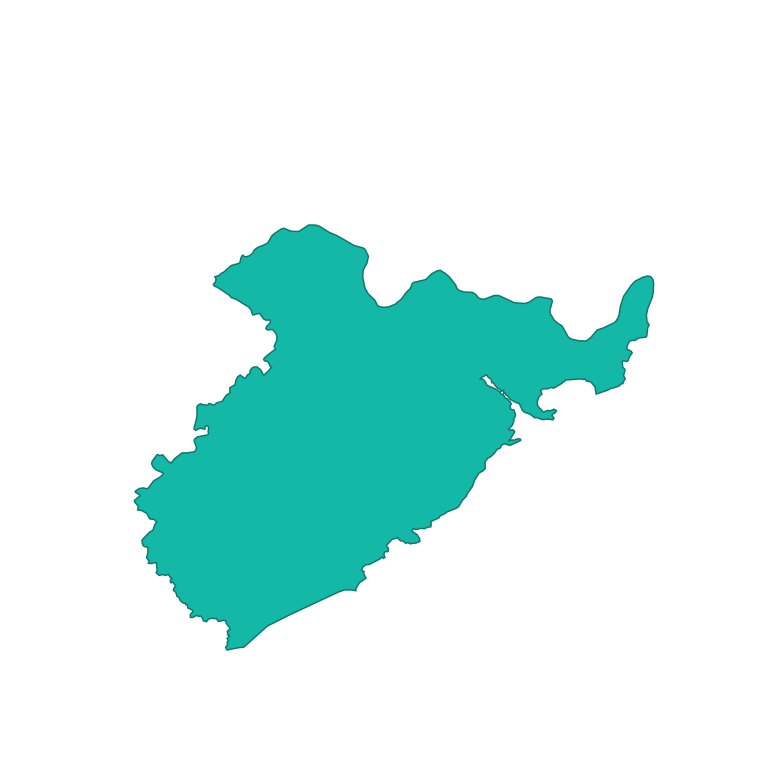 the district of Lilala, Maseru, Lesotho, rotated 66°
{"feature_id": "5366337B93833812873267", "entity_name": "Lilala", "entity_type": "district", "adm_level": 2, "iso_a3": "LSO", "parent_name": "Lesotho", "parent_adm1": "Maseru", "projection": "robinson", "projection_center": [27.404, -29.498], "detail": "fine", "context": "isolated", "style": "filled", "palette": "teal", "viewbox_px": 768, "rotation_deg": 66, "n_neighbors": 0, "source": "geoboundaries", "source_scale": "gbopen_adm2", "svg_char_len": 6166}
<svg xmlns="http://www.w3.org/2000/svg" viewBox="0 0 768 768"><g transform="rotate(66 384 384)"><path d="M451.7,672.2L453.5,669.5L453.9,666.1L455.0,664.7L462.6,667.3L463.6,668.9L467.3,667.5L468.0,664.1L470.2,661.0L470.1,658.6L474.2,657.7L475.3,656.7L475.9,658.5L477.7,659.7L479.1,659.3L479.1,657.4L483.7,656.7L484.7,657.7L485.1,659.1L486.9,660.3L489.7,658.9L493.6,659.5L495.6,658.1L498.7,658.3L501.1,657.3L502.8,656.1L503.7,654.5L504.9,654.8L505.4,653.5L508.8,654.3L512.7,651.0L514.1,651.0L515.8,654.7L518.5,655.8L519.5,653.7L519.2,649.4L520.9,647.7L521.6,645.6L525.2,645.0L526.9,645.4L528.9,642.8L527.3,639.9L528.2,635.8L529.4,634.6L529.8,632.7L533.4,631.8L534.2,630.1L534.4,626.9L535.6,625.1L538.9,625.4L543.5,624.2L545.7,624.8L545.7,626.6L546.3,627.9L548.2,628.0L549.5,628.9L551.3,627.6L552.7,630.8L555.4,630.8L556.2,632.4L558.3,632.7L560.2,635.8L563.1,635.7L565.7,624.3L567.4,619.0L557.7,589.1L556.5,564.2L555.5,510.4L556.0,503.9L558.8,497.6L561.4,493.8L559.5,492.9L555.5,487.2L554.1,479.4L547.9,479.7L547.4,478.5L545.0,480.2L542.8,478.1L541.7,474.3L542.9,470.6L542.4,462.1L542.1,458.7L541.1,456.5L542.9,455.6L542.9,453.7L539.8,453.5L537.9,452.0L537.6,450.7L538.7,449.0L538.4,448.1L535.6,446.8L534.2,447.5L532.3,447.0L529.2,439.8L530.1,433.8L531.5,433.8L534.1,432.6L535.2,430.6L538.4,428.9L538.5,427.0L541.0,424.6L541.0,423.1L542.4,419.1L542.4,415.2L539.7,414.4L534.9,415.1L530.0,418.4L528.1,416.0L529.7,414.2L530.5,412.2L530.5,409.8L532.6,406.0L532.6,401.8L533.6,399.5L531.9,398.2L528.7,397.0L528.6,388.2L527.2,386.1L527.2,381.4L526.5,378.7L526.9,369.2L526.5,365.8L522.1,359.6L520.0,354.5L517.3,351.4L513.8,345.2L508.5,340.1L503.9,333.2L503.6,328.8L502.4,325.9L496.2,323.4L493.9,319.0L493.9,316.6L492.3,311.5L489.8,307.4L489.8,303.9L487.5,301.0L487.7,298.1L490.5,295.0L491.4,293.0L491.2,282.2L489.9,281.7L488.5,283.8L488.2,287.9L487.0,290.3L486.7,292.6L481.0,284.2L479.8,283.9L478.2,285.1L477.2,287.9L476.1,288.6L473.8,283.5L471.4,281.0L468.2,279.1L466.8,277.1L465.1,276.2L460.6,275.9L458.5,278.6L455.4,277.9L454.1,275.9L451.5,275.9L450.1,277.0L447.5,277.1L446.7,278.8L442.5,279.3L440.7,281.0L437.6,281.7L433.4,284.6L427.2,290.4L422.6,290.6L419.5,291.9L418.4,293.9L417.7,292.2L417.4,286.6L420.0,286.1L423.4,284.2L426.5,285.1L428.0,283.3L429.9,283.3L434.2,281.9L436.0,280.0L438.4,279.9L438.4,277.3L441.3,278.4L441.6,277.0L443.6,277.0L446.9,275.1L449.3,275.1L455.4,270.2L456.8,268.4L464.5,268.2L466.8,267.3L471.3,262.6L476.1,260.2L476.7,258.2L481.0,253.7L482.7,248.8L485.5,244.0L484.2,242.5L481.7,243.5L480.3,242.4L479.6,238.4L478.3,237.3L476.1,239.1L476.2,242.7L474.7,245.1L474.5,249.5L473.5,250.6L471.6,250.6L468.5,252.0L465.4,252.4L462.2,250.9L458.6,247.5L457.4,243.8L453.7,243.5L453.2,240.7L454.8,236.6L455.2,232.4L456.8,230.7L455.8,221.3L454.9,219.8L455.2,218.4L454.3,216.4L459.2,202.5L460.9,200.2L461.1,198.5L463.6,197.8L466.2,194.2L472.3,192.4L479.5,194.3L480.6,182.3L480.3,178.1L481.0,175.6L481.4,170.3L480.4,167.0L480.8,165.6L478.6,163.6L477.5,161.6L473.7,161.7L469.7,158.4L468.2,158.0L465.8,159.1L460.6,157.3L460.2,155.7L462.2,153.0L462.1,151.8L458.7,148.4L456.6,144.7L454.7,144.8L451.2,147.8L450.4,147.7L448.1,146.4L445.1,142.8L444.8,140.5L446.3,137.0L445.5,132.5L447.8,125.8L447.0,124.4L439.7,120.1L437.9,117.8L434.0,118.4L427.7,116.2L422.3,112.3L414.2,104.0L410.0,100.9L401.7,96.7L398.1,95.8L394.5,96.6L392.7,98.9L391.8,103.8L392.2,112.7L394.4,118.1L401.2,129.2L409.2,136.5L416.9,141.4L419.0,143.5L421.1,147.0L421.7,149.0L422.0,160.7L421.4,167.3L425.5,175.8L426.8,180.8L426.7,182.3L423.9,188.2L419.6,194.1L416.5,196.5L403.5,197.7L397.5,201.5L394.0,202.7L387.0,203.5L383.7,202.1L377.5,197.0L375.7,196.3L374.3,196.7L368.4,205.3L367.1,208.1L367.0,210.7L368.3,218.0L367.8,222.5L362.8,231.8L349.9,243.1L348.3,246.4L347.8,249.0L347.4,258.0L345.7,260.8L343.8,262.7L339.6,263.7L336.3,265.9L332.3,273.8L328.3,277.9L326.1,278.5L322.7,278.3L313.2,280.6L308.2,282.9L303.1,286.3L302.2,289.3L302.7,295.6L305.6,303.4L303.2,316.1L304.1,317.8L307.4,321.1L309.6,326.8L313.6,333.7L315.7,341.7L315.4,348.7L313.8,353.1L311.6,356.7L309.3,358.1L303.9,358.2L295.3,361.7L288.6,362.4L277.8,360.0L273.0,357.6L270.9,356.0L266.8,350.6L261.0,346.3L253.0,346.6L251.4,347.6L245.2,355.1L229.6,366.4L223.0,372.5L214.1,378.5L211.1,381.6L208.1,388.2L209.9,398.6L209.5,401.0L206.7,406.7L201.0,412.1L200.6,414.8L202.2,423.8L203.3,426.6L207.8,432.8L208.2,437.8L207.8,443.2L208.4,446.5L209.0,448.3L211.3,450.9L212.1,455.2L211.6,458.6L210.1,460.2L209.0,460.4L209.0,461.4L210.8,463.6L214.3,466.1L214.8,467.4L213.6,475.3L216.6,484.9L216.7,487.8L217.8,490.6L217.2,494.9L219.7,494.7L222.0,496.2L223.7,499.4L225.8,499.0L227.6,497.0L240.2,489.1L242.6,488.6L246.6,484.5L258.9,476.2L263.2,475.2L265.4,475.8L267.7,475.6L268.5,470.0L269.3,468.9L275.9,467.4L278.0,465.4L278.9,462.3L280.3,462.1L282.1,463.4L283.5,467.6L285.3,469.4L287.3,468.4L288.8,463.7L293.8,462.1L297.0,462.5L300.1,463.8L305.0,469.1L308.0,469.0L310.5,479.6L311.8,483.1L312.7,484.0L314.2,483.8L316.4,480.9L321.5,480.7L322.8,479.8L325.2,484.6L326.8,489.5L326.7,490.5L320.9,490.8L316.6,493.3L315.6,496.0L315.8,498.5L317.4,500.9L320.2,502.7L320.0,504.7L322.2,508.1L321.8,509.3L317.3,511.7L317.9,514.7L320.3,517.8L324.1,520.4L324.7,526.4L329.4,528.3L330.2,532.9L334.0,538.9L333.2,544.8L334.3,548.0L330.9,551.2L330.7,552.1L331.6,553.5L331.3,554.3L329.6,557.4L327.4,559.8L327.9,563.2L329.5,564.6L334.5,566.5L338.9,569.0L347.7,575.9L349.6,575.0L349.6,570.0L352.4,566.0L350.3,564.9L349.9,563.3L350.4,562.1L352.7,562.0L355.8,564.0L358.4,564.6L358.7,566.0L356.4,576.1L357.4,579.5L359.0,580.7L365.3,581.0L367.3,582.2L368.8,584.6L367.0,591.6L364.8,596.4L367.1,605.8L369.6,610.5L367.4,612.4L358.7,615.0L358.2,617.9L356.2,619.9L360.3,627.2L362.4,628.8L366.5,628.6L369.5,627.4L375.5,621.9L376.4,622.1L377.8,625.6L378.8,633.9L383.3,641.8L383.1,643.4L381.1,646.1L380.0,649.7L380.7,654.5L381.6,655.2L386.2,652.2L387.1,653.0L388.8,659.3L390.5,659.8L396.1,658.1L398.8,660.3L401.2,656.7L405.7,653.4L412.0,652.8L414.2,649.2L417.4,647.8L419.7,651.1L423.7,654.7L423.9,658.2L428.1,668.5L430.3,669.4L433.7,669.8L435.3,668.7L436.5,666.9L437.8,666.4L441.9,668.2L446.3,671.6L450.5,670.5L451.7,672.2Z" fill="#14b8a6" stroke="#0f766e" stroke-width="1.5"/></g></svg>